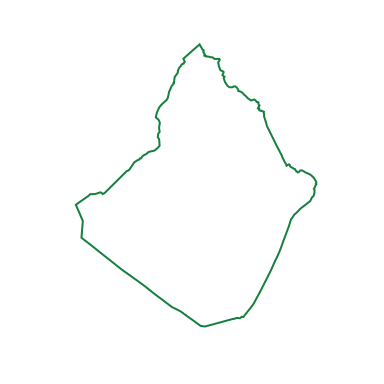 San Pedro Mártir Yucuxaco, Oaxaca, Mexico, rotated 249°
{"feature_id": "50627088B78059465954493", "entity_name": "San Pedro Mártir Yucuxaco", "entity_type": "district", "adm_level": 2, "iso_a3": "MEX", "parent_name": "Mexico", "parent_adm1": "Oaxaca", "projection": "robinson", "projection_center": [-97.623, 17.452], "detail": "fine", "context": "isolated", "style": "outline", "palette": "green", "viewbox_px": 384, "rotation_deg": 249, "n_neighbors": 0, "source": "geoboundaries", "source_scale": "gbopen_adm2", "svg_char_len": 3623}
<svg xmlns="http://www.w3.org/2000/svg" viewBox="0 0 384 384"><g transform="rotate(249 192 192)"><path d="M61.8,155.8L58.8,185.0L58.4,186.3L58.5,188.4L57.0,191.5L57.7,193.7L56.9,195.1L60.1,200.5L63.3,205.9L65.5,209.3L66.1,210.1L70.4,215.0L72.4,217.4L75.2,220.6L79.6,225.5L89.9,236.9L97.5,244.5L100.9,248.2L104.2,251.5L106.0,253.2L108.5,255.5L113.5,259.7L125.1,270.0L129.7,273.6L131.4,275.1L131.8,276.1L134.0,279.0L135.3,282.4L137.6,287.3L141.0,298.6L141.1,299.1L143.8,301.8L144.0,302.3L144.2,302.5L144.3,303.1L144.7,304.0L145.1,304.2L145.7,304.9L146.1,305.3L146.4,305.4L146.9,305.6L147.5,306.1L148.5,306.5L150.2,307.1L150.4,307.2L151.3,306.9L151.7,307.3L152.5,308.6L153.9,309.6L154.4,310.6L154.7,310.6L155.1,310.6L155.1,310.8L155.8,311.3L156.1,311.2L156.4,311.3L156.9,311.6L161.9,310.8L162.0,310.6L162.3,310.5L163.2,310.1L165.2,309.0L166.0,308.5L166.7,307.9L169.9,304.6L170.5,304.3L172.8,302.4L173.3,300.6L172.5,299.2L172.4,297.7L173.7,297.2L174.1,296.7L175.0,296.6L176.7,296.2L177.3,295.2L178.5,294.6L179.8,293.3L180.7,292.8L182.0,293.0L183.1,292.3L182.6,289.7L184.8,289.7L185.2,289.5L185.9,289.4L192.2,288.8L194.0,288.9L205.0,287.6L224.8,285.8L226.6,285.6L230.4,286.0L237.2,286.4L237.4,286.5L238.1,287.1L240.2,287.3L241.1,287.9L241.8,287.2L242.6,286.1L243.1,285.9L243.2,285.2L243.9,284.4L244.6,284.4L244.8,284.0L245.4,284.3L246.5,283.5L246.8,283.9L246.7,284.5L247.2,284.4L247.6,284.6L247.9,284.9L248.6,286.0L249.0,285.7L250.6,285.6L251.6,286.1L252.0,286.1L252.2,285.8L252.6,285.2L253.0,284.6L254.8,284.2L256.1,283.2L256.3,279.9L258.9,278.1L260.3,277.3L261.7,276.9L262.8,276.3L263.6,275.8L266.4,274.7L268.1,273.5L269.1,272.4L269.5,271.5L270.1,271.8L272.6,271.5L273.4,271.3L275.2,270.1L275.6,268.5L275.3,267.5L275.8,265.8L276.0,265.3L276.5,264.4L278.4,263.2L282.7,262.2L287.0,262.4L287.5,262.9L287.8,263.6L288.7,263.2L290.1,262.3L290.3,262.4L291.3,263.3L291.4,263.5L292.0,264.2L292.9,264.5L293.8,263.9L294.1,263.7L294.8,262.8L295.6,262.2L296.2,262.0L297.3,262.2L298.6,262.2L299.2,262.1L303.2,262.8L303.7,262.9L304.1,263.4L304.2,263.8L304.4,264.1L304.9,264.5L305.2,264.7L305.5,265.2L305.8,265.4L306.2,265.3L306.5,265.2L308.1,260.8L308.7,260.4L310.4,259.3L311.6,256.9L312.3,256.3L313.5,253.7L314.1,253.8L314.3,253.5L314.7,252.3L315.0,252.3L315.9,253.3L317.9,252.8L318.1,252.7L318.4,253.0L319.2,252.9L319.6,253.5L320.0,253.7L320.4,253.6L321.3,252.9L325.6,252.1L327.1,252.0L324.8,245.6L319.5,231.7L317.1,231.8L316.9,231.8L316.1,231.9L315.8,231.4L315.6,230.9L315.5,230.5L315.1,230.2L314.9,230.2L314.8,228.0L313.1,226.0L312.8,224.9L310.4,222.4L309.7,222.0L308.5,221.5L305.4,216.9L305.1,216.8L300.7,214.4L300.4,214.1L300.4,213.9L299.9,214.0L298.4,211.2L293.6,206.4L289.3,203.7L288.2,202.8L287.6,202.0L287.1,201.4L286.8,200.8L286.5,199.8L285.9,198.4L285.1,196.2L284.0,193.9L282.6,191.6L279.7,188.6L276.8,186.3L274.5,185.0L273.5,185.5L272.0,186.5L269.4,186.9L267.7,186.6L266.2,185.6L263.6,184.2L262.4,183.9L259.8,183.4L258.4,181.3L255.5,179.7L253.2,180.2L251.4,179.8L246.8,178.3L245.6,176.1L244.1,171.8L244.9,166.4L244.8,165.3L243.9,163.0L243.8,162.4L243.6,160.0L243.1,158.5L242.0,156.9L241.8,156.3L242.0,156.0L242.0,155.2L241.2,154.7L241.2,152.9L241.2,152.0L241.0,151.2L240.6,150.0L240.5,148.9L235.4,141.7L235.3,141.1L234.8,139.9L234.9,138.6L234.7,138.1L222.3,109.9L222.2,107.9L222.7,107.8L223.1,107.5L223.9,107.0L224.5,106.4L224.8,100.8L225.8,97.9L226.2,96.6L226.5,96.2L225.6,94.3L221.7,79.0L204.1,79.7L188.9,72.4L177.7,79.2L170.5,83.4L162.9,87.9L144.6,98.7L135.0,105.1L121.8,113.7L110.9,120.1L99.1,127.5L92.0,131.9L84.6,138.6L77.1,143.4L71.9,146.9L64.0,152.0L61.8,155.8Z" fill="none" stroke="#15803d" stroke-width="2"/></g></svg>